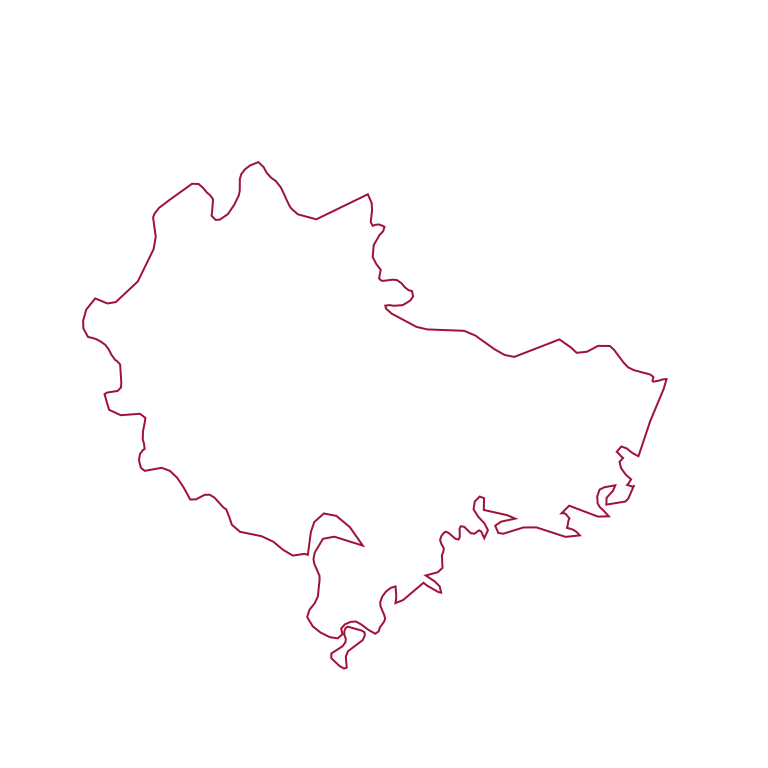 the Province of Kymenlaakso, rotated 340°
{"feature_id": "FIN-3187", "entity_name": "Kymenlaakso", "entity_type": "Province", "adm_level": 1, "iso_a3": "FIN", "parent_name": "Finland", "parent_adm1": "", "projection": "orthographic", "projection_center": [26.947, 60.833], "detail": "fine", "context": "isolated", "style": "outline", "palette": "rose", "viewbox_px": 768, "rotation_deg": 340, "n_neighbors": 0, "source": "natural_earth", "source_scale": "10m", "svg_char_len": 3827}
<svg xmlns="http://www.w3.org/2000/svg" viewBox="0 0 768 768"><g transform="rotate(340 384 384)"><path d="M651.2,476.0L645.1,484.3L621.4,510.0L598.4,538.9L593.8,533.8L590.0,527.5L585.7,523.9L579.5,527.3L580.5,529.1L582.3,533.5L583.4,535.3L578.7,537.7L578.0,544.1L580.1,551.7L583.6,558.1L579.5,561.3L578.0,562.0L581.9,565.1L583.7,565.4L574.3,575.3L570.7,577.0L551.7,573.4L554.2,567.1L562.6,562.7L566.7,558.3L555.7,556.4L550.4,557.0L546.0,562.4L543.9,569.2L544.7,573.5L547.0,578.0L550.0,585.2L539.7,581.8L516.4,561.7L506.6,566.2L509.2,567.1L510.4,568.4L512.3,573.8L510.6,575.4L508.2,579.7L506.7,581.8L509.7,583.8L512.3,586.1L514.5,589.1L516.2,593.2L502.4,589.8L478.2,570.9L466.0,566.5L445.0,565.5L440.5,563.1L440.0,555.2L447.1,553.4L461.3,555.4L454.9,549.4L434.7,536.5L439.0,525.5L435.4,522.5L429.2,525.4L425.3,532.4L427.1,540.8L430.7,549.2L431.7,556.9L425.5,563.2L424.9,555.9L423.2,554.0L417.8,555.6L414.4,553.8L410.6,545.7L407.5,543.9L405.6,545.7L402.9,553.7L400.9,555.6L398.3,554.0L393.8,546.1L391.5,543.9L389.0,544.5L385.7,546.7L383.3,549.9L383.2,553.6L384.0,558.9L382.3,562.0L379.8,564.8L376.1,576.8L370.2,579.3L357.7,578.2L364.4,587.2L367.1,593.3L366.3,599.6L364.1,598.3L355.8,588.5L353.1,584.3L327.9,593.6L319.8,593.8L321.8,590.3L323.3,586.5L325.6,578.2L320.7,577.9L315.1,579.6L309.7,583.1L305.7,587.9L304.7,591.8L305.2,601.5L304.7,605.2L302.7,607.4L296.8,611.4L294.3,614.7L290.4,615.7L285.4,609.9L280.4,602.2L276.3,597.5L271.1,596.1L264.9,596.5L260.1,599.2L259.3,605.0L253.5,607.2L246.4,603.3L239.4,595.9L234.2,587.5L232.1,576.7L236.7,570.7L243.8,566.4L249.2,561.0L256.7,545.5L257.8,541.9L257.0,529.2L257.8,524.5L261.3,518.7L273.7,508.6L285.1,510.5L308.8,528.6L303.0,506.9L294.1,491.6L283.2,485.1L271.2,489.9L264.7,498.0L254.0,518.5L251.2,516.4L239.7,514.1L232.5,505.4L226.0,494.3L216.7,485.0L198.2,473.7L192.9,464.3L193.1,456.6L192.9,447.9L190.8,445.0L185.9,432.9L182.3,428.4L177.5,426.8L167.9,428.1L162.4,426.3L160.4,412.9L157.6,401.5L153.2,392.5L146.4,386.7L129.5,383.8L126.9,379.7L127.7,371.6L130.8,366.3L134.9,363.6L136.8,363.2L138.0,358.4L138.4,353.4L141.4,345.9L145.9,338.5L148.2,334.2L144.5,328.5L126.0,323.3L116.8,314.2L117.9,298.0L120.7,297.3L131.3,299.4L135.7,297.3L137.6,292.9L142.7,275.5L141.2,271.6L139.5,269.1L137.9,263.3L137.1,257.1L135.5,251.9L132.3,247.2L128.8,243.3L124.6,240.2L122.0,238.7L120.5,229.0L122.9,221.6L129.7,212.2L141.9,204.8L151.6,213.7L160.0,215.3L187.8,203.4L213.6,178.5L219.8,167.7L224.0,148.5L226.6,145.5L232.7,141.6L246.0,137.5L272.1,130.2L278.2,132.7L280.9,137.6L283.1,143.6L285.2,147.1L286.5,152.0L280.8,164.7L279.5,166.8L281.9,172.2L286.0,173.4L295.3,171.0L304.4,164.5L312.1,157.1L314.6,152.9L318.6,142.2L321.7,137.9L326.9,134.7L332.6,132.9L341.8,132.5L345.1,139.2L345.9,145.2L348.5,151.6L351.8,156.4L354.3,164.1L355.2,173.3L355.4,177.0L356.1,184.3L357.0,187.6L361.1,195.1L376.7,206.1L433.7,200.2L434.3,209.8L432.3,216.5L426.9,227.3L427.5,231.6L429.7,231.4L433.4,232.2L435.0,233.2L438.2,236.5L435.4,240.2L431.0,242.3L421.8,250.0L416.8,260.9L417.8,268.8L420.0,275.5L415.5,283.0L416.7,285.8L418.8,286.9L427.8,288.9L431.7,290.8L434.9,295.3L436.6,300.1L439.2,304.3L442.1,306.2L441.3,311.7L437.1,314.6L428.6,316.3L420.1,313.9L416.0,311.7L412.0,310.8L411.7,313.9L415.2,320.4L433.9,341.3L443.3,347.5L477.4,361.4L486.4,369.7L499.7,389.1L507.3,398.0L515.7,403.1L564.1,402.1L572.2,413.7L575.7,420.6L585.9,423.1L598.2,421.4L609.2,425.5L611.9,430.7L616.5,445.9L619.1,451.8L623.6,456.5L637.6,466.3L639.6,469.6L638.4,471.2L637.6,472.4L637.3,473.1L638.1,474.0L644.4,475.0L646.9,474.9L651.0,475.9L651.2,476.0ZM267.0,599.7L278.5,607.9L280.8,610.7L280.0,613.7L276.4,617.4L258.9,622.7L254.9,627.1L252.0,637.7L249.2,637.8L245.8,633.9L240.7,623.6L242.4,619.2L255.5,616.2L259.4,613.5L261.0,610.4L260.9,606.3L262.2,602.7L264.6,600.0L267.0,599.7Z" fill="none" stroke="#9f1239" stroke-width="2"/></g></svg>